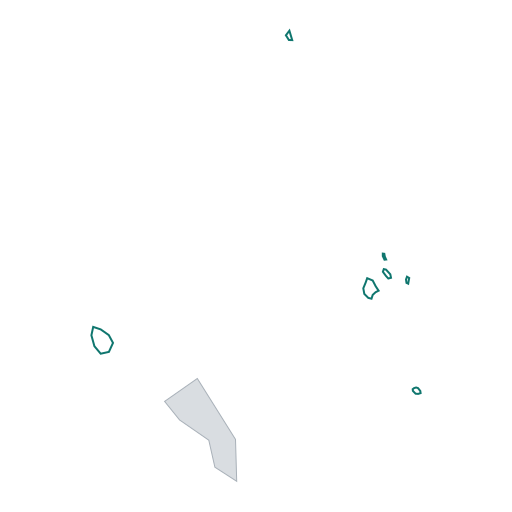 Seychelles, with La Digue and Inner Islands highlighted
{"feature_id": "SYC-5212", "entity_name": "La Digue and Inner Islands", "entity_type": "state/province", "adm_level": 1, "iso_a3": "SYC", "parent_name": "Seychelles", "parent_adm1": "", "projection": "mercator", "projection_center": [55.767, -4.192], "detail": "fine", "context": "in_parent", "style": "outline", "palette": "teal", "viewbox_px": 512, "rotation_deg": 0, "n_neighbors": 0, "source": "natural_earth", "source_scale": "10m", "svg_char_len": 979}
<svg xmlns="http://www.w3.org/2000/svg" viewBox="0 0 512 512"><path d="M235.5,439.4L236.7,481.3L214.9,467.2L208.8,440.2L179.6,420.0L164.6,401.4L197.3,378.5L235.5,439.4Z" fill="#d9dde1" stroke="#a8b0b8" stroke-width="1"/><path d="M108.9,351.9L100.7,353.7L94.4,346.2L91.4,335.3L93.2,326.9L100.7,329.4L108.8,335.1L113.0,342.9L108.9,351.9ZM367.2,278.2L372.7,280.5L375.7,286.3L378.6,290.7L375.6,292.2L372.7,294.9L371.5,298.7L368.3,297.9L364.3,293.9L363.3,288.3L365.6,282.7L367.2,278.2ZM383.8,269.1L386.0,269.6L390.3,274.3L391.0,277.8L388.3,278.5L386.0,276.0L382.9,271.8L383.8,269.1ZM416.1,387.5L418.0,388.1L420.3,391.0L420.6,393.1L418.2,393.9L415.6,393.7L412.9,390.9L412.7,389.2L414.1,388.1L416.1,387.5ZM289.4,30.7L292.2,40.1L288.9,40.0L285.9,35.3L289.4,30.7ZM407.0,276.7L409.2,278.0L408.7,280.7L408.2,283.7L406.5,282.9L406.0,279.5L407.0,276.7ZM382.8,253.6L384.3,253.8L384.8,256.6L386.1,259.5L384.5,259.7L382.8,256.1L382.8,253.6Z" fill="none" stroke="#0f766e" stroke-width="2"/></svg>